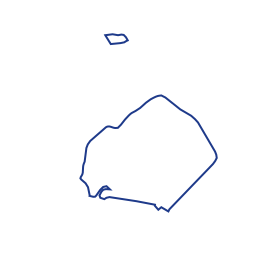 the Emirate of Dubay, rotated 242°
{"feature_id": "ARE-350", "entity_name": "Dubay", "entity_type": "Emirate", "adm_level": 1, "iso_a3": "ARE", "parent_name": "United Arab Emirates", "parent_adm1": "", "projection": "robinson", "projection_center": [55.527, 24.951], "detail": "fine", "context": "isolated", "style": "outline", "palette": "blue", "viewbox_px": 256, "rotation_deg": 242, "n_neighbors": 0, "source": "natural_earth", "source_scale": "10m", "svg_char_len": 1203}
<svg xmlns="http://www.w3.org/2000/svg" viewBox="0 0 256 256"><g transform="rotate(242 128 128)"><path d="M37.3,123.3L38.0,122.9L42.4,120.2L41.6,116.4L46.8,115.2L47.6,115.8L59.4,101.1L75.7,79.2L76.5,76.2L76.3,73.7L79.4,70.8L81.9,71.2L84.3,74.8L85.1,77.3L84.4,79.8L82.3,83.2L86.7,81.7L87.6,78.4L86.4,74.4L83.2,68.1L82.8,66.7L83.6,65.0L86.1,62.2L86.4,62.5L94.5,64.9L99.1,64.6L104.3,62.6L105.8,62.3L106.7,63.1L108.4,65.8L109.8,67.1L114.9,70.2L116.1,71.1L117.4,72.4L118.6,73.9L129.9,81.9L132.4,84.8L134.3,88.6L139.0,108.8L139.0,110.0L138.7,111.2L138.1,112.3L137.2,113.3L135.2,115.2L134.4,116.1L133.9,116.9L133.0,118.9L132.9,119.1L134.2,123.3L136.9,129.4L138.7,134.6L139.3,136.9L139.5,138.3L139.5,142.6L140.0,148.1L141.9,155.8L142.7,161.6L142.7,164.7L142.6,167.2L142.3,169.2L141.9,170.6L141.1,172.7L137.4,175.3L119.9,182.9L109.2,189.5L104.4,191.3L100.0,192.4L66.3,193.8L63.0,193.4L59.9,192.3L58.0,189.6L56.3,186.1L36.8,126.4L35.4,124.5L36.2,124.0L36.7,123.7L37.0,123.5L37.3,123.3ZM220.6,151.5L218.0,158.4L214.6,162.8L213.6,166.0L212.2,167.9L209.1,168.8L205.8,168.9L205.5,168.9L205.6,167.4L205.4,164.9L206.5,161.2L210.2,152.2L220.5,151.5L220.6,151.5Z" fill="none" stroke="#1e3a8a" stroke-width="2"/></g></svg>